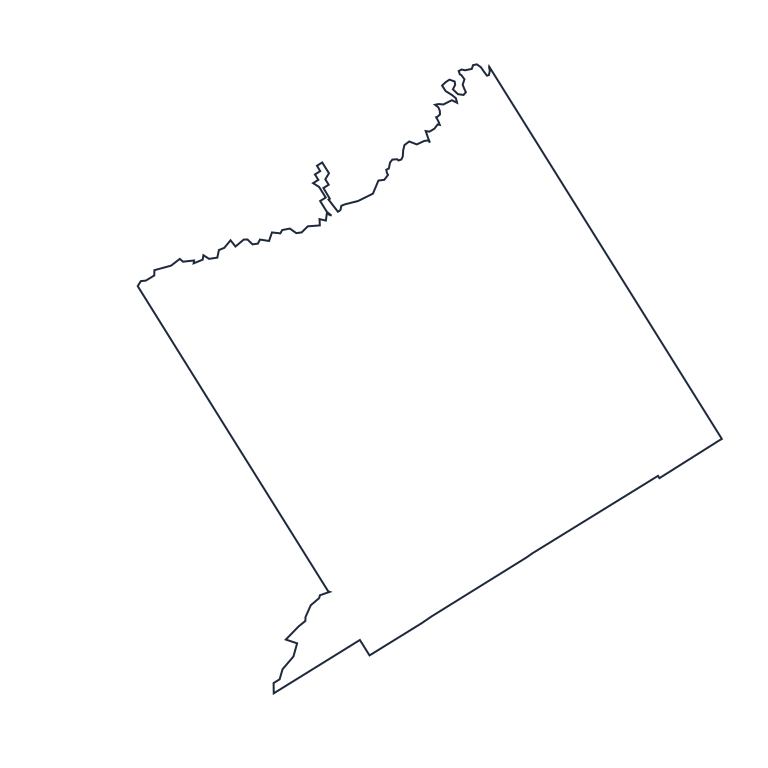 outline of Emery, Utah, United States of America, rotated 238°
{"feature_id": "52423323B48025337420710", "entity_name": "Emery", "entity_type": "district", "adm_level": 2, "iso_a3": "USA", "parent_name": "United States of America", "parent_adm1": "Utah", "projection": "natural_earth1", "projection_center": [-110.277, 39.102], "detail": "fine", "context": "isolated", "style": "outline", "palette": "slate", "viewbox_px": 768, "rotation_deg": 238, "n_neighbors": 0, "source": "geoboundaries", "source_scale": "gbopen_adm2", "svg_char_len": 2014}
<svg xmlns="http://www.w3.org/2000/svg" viewBox="0 0 768 768"><g transform="rotate(238 384 384)"><path d="M158.5,637.0L158.4,641.4L418.9,641.4L597.5,641.4L597.2,641.1L593.5,639.7L590.4,636.7L590.9,634.7L595.6,634.3L601.4,634.0L605.9,632.1L607.2,628.5L604.7,625.4L607.1,619.0L609.6,616.4L609.8,613.2L606.5,612.4L605.0,613.3L599.8,613.7L596.1,609.3L591.1,608.4L588.1,608.1L587.0,604.6L590.6,600.3L597.4,598.6L600.0,602.9L603.1,604.2L607.4,600.8L607.3,596.2L606.3,591.4L599.8,591.5L593.0,594.8L588.2,596.4L583.8,595.0L588.7,591.9L589.6,582.5L592.5,578.6L593.7,575.3L589.8,576.7L586.1,576.1L582.9,574.3L582.3,570.8L582.6,569.6L577.7,569.3L574.2,568.6L575.7,567.0L573.8,562.1L573.9,556.3L576.4,553.4L569.0,551.7L564.4,550.9L567.1,550.6L568.8,546.9L569.8,538.8L576.3,533.9L575.8,528.0L572.0,524.1L567.0,520.5L565.2,517.7L565.9,514.7L567.6,514.3L569.9,510.0L568.6,506.5L564.2,502.3L564.5,499.5L561.7,498.4L559.2,498.2L557.0,492.4L559.5,487.1L551.3,475.5L552.9,459.1L557.1,446.0L557.7,442.2L554.9,439.6L554.5,438.6L554.5,436.2L569.8,434.7L569.8,436.2L582.3,436.5L582.3,442.7L588.7,442.7L591.9,449.0L604.6,449.0L604.6,442.8L598.3,442.7L598.3,436.5L591.9,436.5L591.9,430.3L585.5,433.4L573.0,433.4L573.0,426.8L560.2,426.8L554.6,428.7L558.8,425.8L553.4,421.3L558.0,416.7L552.5,413.6L558.1,402.9L556.2,394.5L558.4,389.6L565.7,386.5L568.5,379.3L566.7,375.9L571.9,369.3L566.2,362.3L572.2,355.4L569.9,351.4L572.1,346.5L578.9,344.8L580.8,341.6L579.3,330.9L587.2,330.0L584.1,320.7L585.1,315.0L579.5,309.6L582.8,302.0L588.9,299.1L585.5,296.1L587.2,286.5L589.4,288.4L594.2,278.4L598.3,277.1L597.2,266.2L602.2,249.6L597.8,246.7L597.9,236.8L600.1,232.3L597.5,227.0L435.9,226.8L237.8,226.8L236.5,227.8L238.8,217.7L236.8,215.6L235.2,204.7L228.0,194.0L224.7,191.7L223.7,183.3L219.3,165.3L210.1,172.9L200.9,162.8L195.9,146.9L188.9,139.0L188.9,131.9L180.1,126.6L179.7,227.9L161.5,227.9L161.4,246.9L161.2,289.3L161.7,301.7L161.4,413.8L161.8,420.0L160.9,567.7L158.2,567.7L158.5,637.0Z" fill="none" stroke="#1e293b" stroke-width="2"/></g></svg>